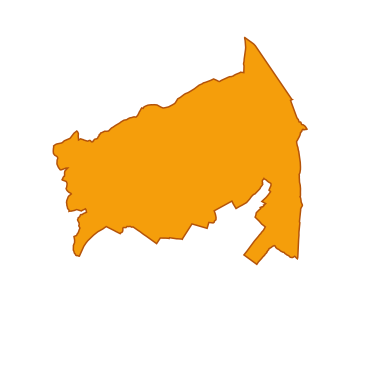 outline of Cristian, Sibiu, Romania, rotated 331°
{"feature_id": "2599482B61474640296478", "entity_name": "Cristian", "entity_type": "district", "adm_level": 2, "iso_a3": "ROU", "parent_name": "Romania", "parent_adm1": "Sibiu", "projection": "mercator", "projection_center": [24.019, 45.778], "detail": "fine", "context": "isolated", "style": "filled", "palette": "amber", "viewbox_px": 384, "rotation_deg": 331, "n_neighbors": 0, "source": "geoboundaries", "source_scale": "gbopen_adm2", "svg_char_len": 5936}
<svg xmlns="http://www.w3.org/2000/svg" viewBox="0 0 384 384"><g transform="rotate(331 192 192)"><path d="M160.6,228.7L161.5,228.0L176.5,219.9L187.6,231.1L192.0,226.8L195.2,229.1L195.5,229.3L196.4,229.3L196.7,229.2L197.6,228.3L199.5,227.9L200.6,226.1L201.1,224.7L201.7,222.7L202.3,219.2L222.5,219.3L222.3,222.6L222.5,227.8L226.5,227.7L229.4,227.8L234.6,227.7L239.0,226.1L241.1,225.1L243.3,224.3L244.9,224.0L246.2,224.2L246.8,224.0L252.6,222.2L253.6,221.7L254.1,221.2L256.6,220.1L257.6,219.6L257.8,219.3L257.6,218.5L258.2,218.1L258.4,217.8L258.4,217.2L258.6,216.8L258.9,216.3L259.5,215.8L260.1,215.7L261.5,215.0L261.6,215.7L262.7,217.3L263.0,218.4L263.4,219.5L263.9,220.6L264.9,222.2L265.1,222.8L265.0,223.2L264.5,224.2L264.0,224.8L260.2,227.7L260.2,227.9L260.9,229.6L260.8,229.9L256.5,231.8L254.1,232.7L248.5,234.1L250.8,237.9L249.0,238.3L248.4,238.1L248.4,238.8L248.2,238.9L246.5,239.3L246.4,239.2L246.3,238.9L244.1,238.6L244.1,239.0L244.4,239.4L243.8,239.9L242.3,240.1L239.1,241.0L237.9,241.5L237.3,242.4L236.5,243.3L235.0,244.6L236.7,250.3L237.4,253.8L239.2,258.0L236.3,259.9L234.6,260.6L233.4,260.9L231.8,261.8L230.7,262.0L228.5,263.0L222.9,265.1L211.3,270.4L206.9,272.2L213.6,286.7L216.1,285.4L220.6,283.9L222.8,283.0L223.7,282.9L224.3,282.5L224.9,282.5L225.4,282.1L225.8,281.9L227.6,281.4L228.4,281.0L228.5,280.6L229.0,280.5L230.1,279.9L231.1,279.7L231.7,279.0L232.0,278.9L232.8,279.0L233.6,278.8L234.5,278.9L235.8,278.6L237.9,278.7L238.5,279.6L238.4,279.8L238.5,280.7L238.4,281.0L238.4,281.3L238.7,281.9L239.0,283.0L239.9,284.1L241.2,287.2L241.7,287.7L242.3,288.7L243.3,289.5L243.4,290.6L243.6,291.1L243.8,291.5L244.1,291.9L244.3,292.7L245.7,294.6L246.2,296.4L246.3,296.7L247.4,297.6L248.0,298.0L249.1,298.1L250.6,298.0L251.0,298.9L251.4,300.6L251.8,301.5L252.7,300.6L254.1,298.4L262.1,285.4L264.6,281.6L265.9,279.2L271.5,271.1L271.4,270.7L271.6,270.0L278.4,260.3L278.7,259.6L280.3,258.4L281.4,257.8L282.1,257.2L282.3,256.7L282.4,255.8L282.6,253.8L283.3,252.1L284.0,250.2L284.2,249.2L284.1,248.5L284.8,248.2L285.8,246.5L286.7,244.8L288.5,241.7L289.9,238.6L290.8,235.5L292.1,232.9L292.9,231.2L293.6,230.1L294.2,228.6L295.7,227.5L297.8,224.8L299.0,222.7L301.0,218.7L305.0,208.3L305.4,206.6L306.2,204.4L306.6,202.2L307.3,200.0L308.0,198.5L309.3,197.8L312.4,195.8L314.0,194.6L314.7,193.8L315.1,193.5L315.6,192.7L315.9,192.5L316.6,192.5L317.5,192.1L317.7,191.7L318.8,191.0L319.2,190.9L319.6,191.0L319.8,191.3L319.8,191.7L320.6,192.0L321.0,192.3L321.6,192.2L322.1,192.3L322.5,192.8L323.1,192.8L322.9,189.8L322.6,188.8L321.8,187.1L320.7,186.2L320.7,185.3L321.0,183.9L320.8,183.4L319.7,182.7L319.7,182.2L319.9,181.4L320.1,180.1L319.8,178.7L319.8,177.5L322.6,159.6L324.5,159.7L324.2,159.3L324.1,158.2L318.3,94.9L317.8,92.8L317.5,92.0L313.4,83.2L313.1,82.5L312.8,82.6L312.7,82.8L311.9,85.3L309.0,91.6L307.9,93.3L302.1,101.0L300.9,102.9L299.4,104.6L299.0,105.4L298.7,106.8L295.2,112.7L293.4,111.4L292.5,110.8L292.4,110.9L290.8,110.8L287.7,110.4L285.4,110.3L284.9,110.5L284.3,110.5L282.1,110.1L281.2,109.5L279.6,109.2L271.8,108.6L269.7,108.7L269.3,108.5L269.0,108.2L267.3,105.7L265.7,103.6L262.2,103.4L256.9,102.6L254.8,102.1L253.3,102.3L250.0,102.0L244.0,102.9L240.0,103.1L236.8,103.2L233.8,102.8L232.2,102.9L227.5,103.6L224.7,103.6L221.0,105.7L219.8,106.2L217.2,106.3L212.7,106.2L208.9,105.1L207.4,104.5L205.9,102.6L203.6,98.9L201.1,97.2L200.3,96.9L198.6,95.9L195.6,94.7L193.4,94.4L191.2,94.3L189.8,95.2L189.3,94.7L188.9,94.1L187.7,94.6L186.3,95.6L184.8,96.4L183.5,97.4L181.5,98.7L179.5,99.3L179.2,99.3L178.2,98.5L177.5,98.1L176.2,97.8L175.5,97.7L173.8,97.1L171.7,96.9L170.7,97.1L169.6,97.0L167.3,96.2L163.8,96.3L162.2,96.6L157.4,96.7L154.3,97.0L152.6,97.0L151.5,97.3L148.6,98.2L146.7,97.5L145.1,96.5L141.2,96.3L140.9,96.1L140.2,96.4L139.6,96.9L138.9,96.8L138.5,97.0L138.3,97.7L137.1,98.0L135.6,99.1L134.5,99.3L132.7,98.7L132.2,98.7L131.2,99.1L130.9,99.4L130.3,99.4L130.1,99.7L129.8,99.9L129.0,99.8L128.5,99.5L128.3,99.1L128.2,98.3L128.0,97.7L127.7,97.4L127.2,97.1L125.5,97.0L124.6,96.2L122.7,94.2L122.1,93.3L121.2,92.5L120.4,91.5L118.0,91.5L118.7,90.0L119.6,87.9L120.8,86.1L121.0,85.6L121.1,84.0L120.8,82.8L117.2,83.4L111.7,85.8L111.1,85.9L105.1,85.3L102.6,85.9L101.7,85.9L96.9,84.4L95.7,84.3L93.3,84.6L92.9,85.5L91.8,86.9L90.7,88.6L90.1,89.7L89.5,91.3L89.8,93.3L90.9,95.1L91.2,96.1L91.2,96.6L91.0,97.3L90.6,97.8L89.5,98.7L87.7,101.6L87.4,102.3L87.2,104.5L87.1,106.0L87.4,107.7L87.4,108.4L87.6,108.8L88.7,109.3L93.3,110.0L94.9,110.8L91.9,111.7L91.1,112.0L90.5,112.6L89.7,113.6L89.1,114.9L88.0,116.4L87.7,116.2L86.8,116.5L85.9,117.1L85.5,117.6L84.5,118.0L84.3,118.3L84.5,118.8L86.6,121.2L87.0,121.7L87.1,122.2L86.9,123.8L86.7,124.4L84.8,126.9L83.5,128.0L83.4,129.9L83.7,131.2L84.3,132.8L85.4,134.4L85.5,135.2L82.2,135.8L81.4,136.2L78.2,138.9L77.0,140.6L76.8,141.5L76.0,143.2L75.8,144.4L75.3,145.8L75.3,146.5L75.6,148.1L75.4,149.0L75.1,149.3L75.9,149.5L76.9,150.1L80.2,151.1L82.5,151.4L83.3,152.1L86.1,155.0L87.0,154.8L89.0,155.0L90.6,155.0L90.7,155.9L90.6,156.4L89.9,158.6L86.5,158.2L85.1,158.5L84.7,158.4L84.1,157.9L83.5,157.9L82.9,158.2L81.8,159.2L79.9,159.4L79.7,159.6L79.5,160.1L78.5,160.7L78.3,161.2L78.2,164.4L77.6,165.7L76.7,166.5L76.6,166.8L76.5,167.4L76.6,168.6L76.4,169.3L75.1,170.3L73.6,171.7L72.4,172.6L71.5,172.9L70.3,173.8L69.7,174.0L67.2,173.7L66.0,177.2L64.7,179.4L62.4,181.2L60.0,185.3L60.0,186.5L59.6,188.0L59.5,188.6L59.8,189.7L59.7,190.9L59.9,191.3L60.2,191.7L61.1,192.2L61.8,193.1L62.4,193.5L71.1,187.0L74.6,185.2L77.2,184.1L85.0,182.0L90.4,181.1L96.0,181.1L100.2,180.6L105.6,188.5L105.9,189.1L109.0,193.6L109.5,193.3L110.0,193.2L111.0,193.3L111.8,193.1L112.3,192.7L113.0,191.9L113.9,190.2L114.7,189.8L117.0,191.1L118.4,190.6L119.4,191.3L120.4,191.8L121.2,192.0L122.1,193.4L123.6,194.1L126.5,200.0L127.1,201.0L129.0,205.4L130.6,208.5L136.0,220.0L141.9,216.9L146.5,219.5L149.0,221.1L149.4,221.6L150.2,221.1L156.2,225.7L156.4,225.7L160.2,228.2L160.6,228.7Z" fill="#f59e0b" stroke="#b45309" stroke-width="1.5"/></g></svg>